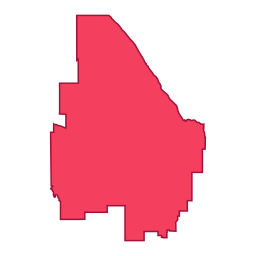 Boddington, Western Australia, Australia
{"feature_id": "25037944B46034099777028", "entity_name": "Boddington", "entity_type": "district", "adm_level": 2, "iso_a3": "AUS", "parent_name": "Australia", "parent_adm1": "Western Australia", "projection": "robinson", "projection_center": [116.4, -32.792], "detail": "fine", "context": "isolated", "style": "filled", "palette": "rose", "viewbox_px": 256, "rotation_deg": 0, "n_neighbors": 0, "source": "geoboundaries", "source_scale": "gbopen_adm2", "svg_char_len": 4550}
<svg xmlns="http://www.w3.org/2000/svg" viewBox="0 0 256 256"><path d="M76.7,15.4L76.8,60.4L77.7,59.5L78.2,59.2L78.3,83.2L74.1,83.2L59.6,83.2L59.6,111.5L59.5,114.0L65.9,114.2L65.9,128.0L64.9,127.8L61.5,126.3L58.0,125.4L56.3,124.6L56.1,124.5L55.7,124.5L54.4,124.5L54.2,124.5L53.9,124.4L53.7,124.2L53.6,132.3L50.6,132.3L51.2,185.9L51.9,186.0L52.0,185.9L52.4,185.9L52.6,185.9L52.7,186.0L52.8,186.1L52.8,186.3L52.8,186.5L52.7,186.6L52.3,186.9L52.2,187.0L52.0,187.3L51.8,187.6L51.7,188.0L51.4,188.1L51.2,188.3L51.0,188.2L50.9,188.2L50.9,188.3L50.9,188.5L50.8,188.8L50.9,189.0L51.0,189.2L51.2,189.3L51.3,189.4L51.5,189.5L51.8,189.4L51.9,189.5L52.0,189.6L52.1,189.8L52.2,190.0L52.3,190.2L52.3,190.3L52.4,190.6L52.4,190.8L52.5,191.0L52.8,191.2L53.2,191.7L53.5,192.3L53.6,192.9L53.7,193.1L53.6,193.4L53.4,193.7L53.4,193.8L53.4,194.0L53.4,194.3L53.5,194.5L53.4,194.9L53.5,195.1L53.7,195.6L53.8,195.8L54.0,196.3L54.1,196.8L54.3,197.1L54.5,197.2L54.9,197.1L55.0,197.1L55.3,196.7L55.4,196.4L55.4,196.1L55.4,195.7L55.2,195.3L55.2,195.1L55.5,194.9L55.7,194.7L55.8,194.7L56.1,194.7L56.4,194.8L56.9,194.9L57.0,194.9L57.2,195.0L57.5,195.1L57.6,195.3L57.7,195.6L57.7,195.8L57.7,196.1L57.6,196.3L57.6,196.5L58.1,197.4L58.4,198.1L58.5,198.2L58.6,198.3L58.9,198.3L59.0,198.7L59.1,199.1L59.1,199.3L59.0,199.6L59.0,199.8L59.0,200.0L59.3,200.5L59.7,200.9L59.8,200.9L59.8,201.0L59.7,201.0L60.1,201.4L60.5,201.7L60.5,207.3L60.5,219.4L69.7,219.4L78.2,219.4L84.8,219.3L84.8,212.3L94.3,212.3L107.2,212.3L107.2,205.7L125.0,205.7L125.0,240.6L144.1,240.6L144.1,231.5L158.0,231.5L158.0,235.5L160.2,235.5L161.5,235.6L161.5,237.3L163.2,237.3L163.2,237.7L164.2,237.7L164.3,237.7L166.9,237.7L166.9,235.0L166.7,235.0L166.7,232.5L167.1,232.5L167.1,230.0L169.3,230.0L169.3,230.9L172.1,231.0L175.9,231.2L175.9,228.1L175.8,222.6L175.7,222.4L176.4,221.3L177.0,220.8L177.7,219.8L177.6,216.2L179.4,216.1L179.4,215.1L179.3,211.0L187.4,211.0L187.3,209.1L187.3,200.7L191.9,200.7L191.9,172.4L202.4,172.4L202.4,149.1L205.1,149.1L205.4,137.2L205.0,137.2L204.8,136.0L204.5,132.3L203.7,131.0L203.7,129.6L203.3,128.3L203.3,128.2L203.8,128.2L203.8,125.6L203.8,124.1L203.6,124.2L203.4,124.3L203.1,124.5L202.9,124.6L202.5,124.4L202.1,124.1L201.9,124.1L201.7,124.0L201.2,124.2L200.9,124.2L200.7,124.0L200.3,123.6L200.1,123.4L199.8,123.1L199.7,123.0L199.3,122.7L199.0,122.5L198.9,122.4L198.6,122.4L198.4,122.4L198.1,122.5L197.9,122.6L197.7,122.6L197.3,122.4L197.2,122.4L196.8,122.1L196.6,121.9L196.4,121.7L196.1,121.4L195.9,121.4L195.7,121.2L195.3,120.8L195.0,120.5L194.8,120.3L194.6,120.1L194.2,120.2L193.5,120.1L193.2,120.1L192.9,120.1L192.7,120.2L192.6,120.3L192.1,120.5L191.8,120.6L191.7,120.6L191.3,120.5L191.0,120.3L190.5,119.9L190.4,119.9L190.0,119.9L189.6,119.8L189.4,119.7L189.2,119.7L188.5,119.4L188.4,119.4L188.2,119.3L187.9,119.4L187.2,119.7L187.0,119.8L186.8,120.0L186.7,120.1L186.4,120.8L186.3,121.0L186.2,121.0L185.8,121.1L185.7,121.1L185.6,120.9L185.4,120.9L185.4,120.6L185.3,120.4L185.2,120.3L185.0,120.2L184.9,120.1L184.6,119.9L184.3,120.0L184.2,120.1L184.2,120.3L183.3,120.3L182.8,119.4L182.4,118.7L179.7,114.6L179.2,113.7L178.5,112.4L178.3,111.9L178.1,111.4L178.0,111.1L177.1,107.2L176.9,106.7L176.8,106.4L176.6,106.1L176.4,105.6L176.0,105.1L175.7,104.8L170.8,100.1L170.1,99.4L169.7,98.9L169.3,98.4L169.2,98.2L169.0,97.8L168.8,97.4L168.4,96.3L168.2,95.8L168.0,95.5L167.7,95.1L167.3,94.6L166.9,94.2L162.9,90.8L162.1,90.0L161.4,89.3L161.3,89.2L161.1,88.9L161.0,88.5L161.0,88.3L160.9,88.1L160.9,87.8L161.0,87.0L161.0,86.7L161.0,86.2L160.9,85.9L159.9,83.9L159.8,83.6L159.6,83.4L159.3,83.1L159.1,82.8L158.9,82.4L158.4,81.2L157.7,79.4L157.4,78.8L156.7,77.7L156.3,77.1L156.0,76.8L155.7,76.5L155.3,76.2L154.3,75.5L154.0,75.3L153.7,75.1L153.6,74.9L153.5,74.7L153.4,74.5L153.2,74.3L153.0,73.8L152.9,73.6L151.8,72.0L149.6,69.2L149.3,68.8L149.3,68.7L149.2,68.6L148.7,68.0L148.6,67.8L148.5,67.7L148.3,67.2L148.3,66.7L147.9,66.1L147.6,65.9L146.8,65.4L146.6,65.2L146.3,64.7L146.3,64.4L146.2,64.5L144.9,62.2L144.7,61.9L143.9,60.1L143.6,59.5L141.8,56.4L141.5,55.9L139.9,53.5L139.0,51.9L138.5,51.1L137.5,49.3L136.3,47.0L135.2,45.1L135.1,44.8L134.9,44.5L132.6,41.8L131.5,40.5L130.2,39.2L128.9,37.6L126.9,35.1L125.7,33.5L124.2,31.8L124.0,31.5L123.1,30.8L122.0,29.7L121.7,29.2L120.6,27.7L120.4,27.3L120.1,26.9L119.5,26.1L119.2,25.7L117.9,24.3L117.6,24.0L116.2,23.0L115.9,22.7L115.3,22.2L114.3,21.3L114.2,21.2L113.1,19.8L112.8,19.6L112.2,19.1L112.0,18.9L111.9,18.7L111.6,18.0L111.4,17.8L111.2,17.4L111.0,17.2L110.7,16.9L109.7,16.2L108.9,15.4L76.7,15.4Z" fill="#f43f5e" stroke="#9f1239" stroke-width="1.5"/></svg>